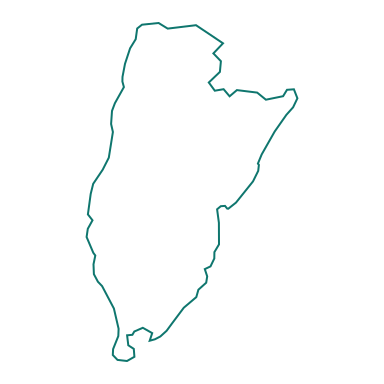 outline of Northampton, United States of America
{"feature_id": "52423323B63825786634762", "entity_name": "Northampton", "entity_type": "district", "adm_level": 2, "iso_a3": "USA", "parent_name": "United States of America", "parent_adm1": "", "projection": "natural_earth1", "projection_center": [-75.874, 37.321], "detail": "fine", "context": "isolated", "style": "outline", "palette": "teal", "viewbox_px": 384, "rotation_deg": 0, "n_neighbors": 0, "source": "geoboundaries", "source_scale": "gbopen_adm2", "svg_char_len": 1169}
<svg xmlns="http://www.w3.org/2000/svg" viewBox="0 0 384 384"><path d="M137.2,28.5L135.7,39.2L130.1,48.3L125.0,63.8L122.5,76.9L122.4,81.5L123.9,87.1L114.9,103.2L112.0,110.9L111.1,124.0L112.9,132.0L108.8,157.7L102.7,169.7L93.2,183.8L90.7,193.9L87.9,214.4L92.5,220.3L87.8,228.8L86.6,237.0L93.3,252.8L95.3,255.5L93.5,264.3L93.9,274.2L97.9,281.7L102.1,286.1L113.9,308.5L118.6,328.8L118.3,336.1L113.1,349.1L112.8,355.0L117.5,359.9L127.0,361.0L134.4,356.8L133.8,348.9L128.3,345.3L127.1,335.3L132.4,334.8L134.3,331.5L142.8,327.8L152.2,333.1L149.7,340.7L154.9,339.3L160.3,336.5L166.6,330.8L171.6,324.0L183.8,307.7L196.3,297.1L198.4,289.7L206.2,282.7L207.2,276.4L204.8,269.1L210.5,266.4L214.3,258.5L214.4,252.1L219.0,244.4L218.9,222.8L217.1,209.3L220.8,206.2L225.0,205.9L227.2,208.6L228.3,208.7L236.0,202.6L253.0,181.4L258.2,170.9L258.9,164.9L257.9,163.6L261.7,154.4L274.7,131.5L286.4,114.8L293.1,107.3L297.4,98.3L293.9,89.3L287.0,89.8L283.1,96.2L265.9,99.7L257.2,92.6L236.9,90.1L229.6,96.3L223.6,89.2L214.8,90.7L208.8,82.5L219.9,71.9L220.9,61.2L213.4,53.4L223.0,43.3L196.0,25.2L167.7,28.6L158.6,23.0L142.0,24.7L137.2,28.5Z" fill="none" stroke="#0f766e" stroke-width="2"/></svg>